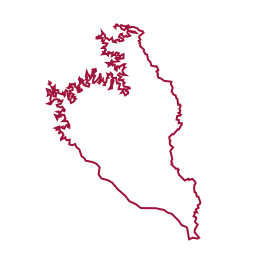 the district of Guia Lopes da Laguna, Mato Grosso do Sul, Brazil, rotated 188°
{"feature_id": "56859067B83170351073830", "entity_name": "Guia Lopes da Laguna", "entity_type": "district", "adm_level": 2, "iso_a3": "BRA", "parent_name": "Brazil", "parent_adm1": "Mato Grosso do Sul", "projection": "albers", "projection_center": [-55.943, -21.55], "detail": "fine", "context": "isolated", "style": "outline", "palette": "rose", "viewbox_px": 256, "rotation_deg": 188, "n_neighbors": 0, "source": "geoboundaries", "source_scale": "gbopen_adm2", "svg_char_len": 6012}
<svg xmlns="http://www.w3.org/2000/svg" viewBox="0 0 256 256"><g transform="rotate(188 128 128)"><path d="M42.3,29.3L47.6,34.1L47.6,37.2L45.5,42.1L48.1,43.7L48.7,45.2L47.8,47.6L48.2,49.0L50.7,49.6L49.9,52.6L50.5,53.8L49.5,54.6L48.0,54.2L49.5,56.8L47.0,58.9L48.3,61.2L46.3,62.6L46.0,64.4L48.7,69.7L50.3,69.9L51.7,73.3L53.1,73.7L54.2,77.4L54.2,81.2L53.3,82.5L53.9,83.8L57.0,86.6L60.2,85.0L60.5,86.0L61.6,86.0L64.5,83.9L71.2,89.0L72.7,92.7L72.0,93.7L73.3,94.7L74.8,94.3L80.0,98.2L79.3,99.1L80.6,101.1L79.8,103.3L82.9,111.2L80.7,115.1L83.8,117.0L84.7,119.6L84.1,121.1L85.1,121.8L85.9,124.7L83.3,128.1L82.1,128.0L78.5,133.7L77.4,133.7L75.2,139.3L75.5,140.3L78.5,139.8L78.7,142.9L81.1,143.1L80.9,146.8L78.1,147.5L77.5,148.5L80.1,149.9L78.8,150.8L78.6,152.5L79.8,153.8L78.9,157.3L79.9,158.5L81.5,157.9L83.2,163.8L84.2,164.1L85.4,166.9L87.7,167.5L89.9,170.3L89.3,174.0L91.5,177.2L91.6,179.9L98.6,179.7L102.7,181.8L104.8,181.9L106.1,184.5L105.8,185.7L107.7,188.0L106.0,189.2L107.7,192.4L108.5,193.3L109.6,192.6L113.6,193.1L115.0,196.4L117.6,198.4L119.3,203.4L121.0,203.6L123.1,206.2L123.1,207.8L127.4,210.8L127.4,212.3L128.4,213.2L127.9,214.1L129.5,215.6L128.0,217.2L129.7,219.4L129.3,220.9L125.9,224.5L127.0,225.8L130.9,226.3L132.2,227.8L136.3,228.8L138.6,228.6L139.6,227.7L141.9,229.7L144.9,228.2L149.1,228.9L150.0,227.8L148.2,225.5L145.3,224.4L143.3,227.3L141.7,227.2L142.0,225.3L140.9,224.1L141.8,223.4L141.8,221.9L138.7,219.7L141.6,218.2L142.6,219.1L144.5,217.6L147.1,219.3L147.0,220.4L148.6,219.8L149.7,217.1L145.1,215.3L144.8,214.0L148.2,212.6L149.4,213.0L149.3,214.2L150.9,214.1L153.0,212.5L152.1,211.2L155.1,211.4L155.6,213.6L156.6,213.6L156.6,214.8L158.9,212.4L161.2,214.0L162.8,213.5L163.8,216.7L167.1,219.7L166.4,217.6L167.3,215.9L168.1,214.7L169.6,215.2L170.0,214.1L171.8,213.5L171.6,212.2L165.6,213.5L165.8,210.7L164.0,211.2L164.6,208.6L160.3,208.8L161.4,205.8L163.5,205.2L164.6,203.6L162.2,203.9L160.8,202.1L161.7,201.3L161.4,199.7L163.2,199.7L162.7,198.6L163.5,197.5L159.7,198.5L157.9,197.2L158.2,200.2L157.0,200.6L156.1,199.3L153.6,200.6L153.9,197.1L151.7,198.7L150.5,198.3L150.9,200.4L149.8,201.2L147.5,200.7L148.1,198.7L146.2,198.2L142.7,200.4L142.2,196.4L145.5,195.4L145.7,196.8L147.0,195.7L149.2,196.5L150.1,195.5L146.4,192.8L152.2,191.3L153.5,192.6L154.7,189.8L157.9,189.5L156.0,188.4L155.9,186.7L152.9,189.3L152.1,188.0L151.4,189.1L150.1,188.9L149.1,185.7L149.4,184.5L147.3,183.4L147.4,187.5L146.3,187.8L145.0,186.4L144.4,188.0L141.2,190.6L139.8,190.8L140.8,188.7L140.6,187.5L139.3,187.4L141.4,185.0L141.3,183.4L139.7,181.0L137.7,180.1L140.8,179.8L143.9,181.2L145.3,179.0L141.9,177.5L143.8,175.3L143.4,173.9L139.4,175.1L139.6,173.5L137.6,172.3L138.9,170.9L137.8,168.5L132.4,168.4L131.7,167.6L135.7,165.4L135.0,164.3L132.9,163.8L132.8,162.1L135.4,159.9L137.5,163.0L139.4,162.0L137.4,165.9L142.7,165.1L142.1,170.6L143.5,171.1L145.0,170.5L146.8,176.0L148.5,175.7L149.9,174.1L150.2,175.8L151.3,176.4L150.8,178.6L152.8,180.2L153.3,178.2L156.0,178.8L154.3,175.0L155.9,174.7L155.9,170.6L157.0,168.8L159.6,171.5L159.7,172.8L162.7,168.1L163.8,168.9L163.0,169.7L161.8,174.2L163.1,178.4L163.4,174.6L165.5,170.7L167.7,168.0L169.1,167.9L169.1,171.3L167.9,175.1L169.1,174.9L169.6,177.5L167.6,180.0L168.3,181.9L171.2,180.9L170.4,180.0L171.1,178.5L170.9,174.3L172.3,171.4L173.2,174.8L174.6,174.7L176.7,178.1L176.9,172.9L175.4,172.6L176.5,170.1L174.8,170.3L174.1,169.5L175.3,167.4L172.3,166.2L172.6,163.5L176.1,163.9L176.2,165.2L178.0,164.6L178.5,166.1L179.8,166.3L178.8,168.4L180.6,169.9L181.6,169.4L180.3,168.5L182.0,167.2L181.7,164.9L183.3,162.3L181.7,161.7L182.2,158.5L183.3,158.4L183.5,160.1L186.0,161.4L186.9,164.6L188.1,163.4L189.4,163.9L190.1,162.5L191.6,163.4L192.0,160.5L193.3,159.4L192.1,159.0L190.4,160.7L188.6,160.6L188.0,158.0L190.9,156.5L190.2,155.1L186.3,153.6L188.2,151.5L188.1,150.3L184.9,151.4L185.3,149.6L183.8,149.6L185.5,146.5L187.8,144.8L188.7,146.0L189.0,148.5L190.8,148.0L191.2,149.0L190.2,153.5L191.4,153.4L192.2,152.0L193.3,156.2L194.8,156.8L195.7,153.9L194.8,152.1L195.3,150.9L197.5,153.9L197.9,152.2L202.0,153.0L202.3,155.7L204.8,155.5L205.8,154.6L206.4,159.4L207.8,157.5L209.4,158.0L207.6,155.3L207.8,153.3L204.2,152.7L203.9,149.0L206.2,149.1L206.7,151.5L210.3,153.1L210.4,154.6L213.7,155.1L211.7,151.1L212.0,149.1L210.4,150.3L208.7,150.0L208.9,145.3L207.7,142.9L210.8,141.0L208.0,140.6L205.1,146.0L201.5,146.7L200.2,146.3L200.6,144.6L197.0,146.0L197.8,142.8L201.8,140.9L201.0,139.6L197.1,139.0L196.1,139.9L193.0,136.9L193.6,135.7L195.2,136.9L197.0,134.4L198.4,134.0L197.8,132.6L198.2,131.0L199.7,130.1L201.9,130.6L199.3,126.8L198.8,129.3L196.1,130.0L196.6,131.2L195.3,132.3L194.4,131.6L193.0,132.0L191.2,128.4L193.5,125.7L189.2,126.4L186.6,123.0L186.2,120.1L187.6,120.6L187.5,122.4L188.8,122.4L189.9,121.7L191.0,118.4L192.7,118.8L192.9,120.3L195.8,118.4L196.3,119.9L200.0,117.8L198.0,117.4L198.3,116.3L196.2,117.0L194.7,115.9L196.1,112.7L194.1,114.5L192.5,114.5L190.9,112.1L192.9,108.2L192.7,107.0L188.8,110.1L188.2,108.2L186.8,107.4L184.1,108.3L183.9,103.6L180.4,103.3L178.3,104.8L176.3,101.8L173.3,100.1L170.0,93.5L166.8,91.8L165.5,89.8L158.1,89.3L154.2,88.1L150.6,85.2L150.7,78.0L147.4,74.4L140.7,73.5L136.2,71.8L129.6,65.9L121.3,60.5L116.5,55.7L109.7,53.7L104.2,50.5L89.5,52.4L81.0,51.9L76.9,49.7L72.8,49.1L64.8,43.1L61.2,39.2L56.6,38.1L55.5,37.1L52.0,26.3L48.5,28.4L43.8,28.2L42.3,29.3ZM149.9,174.1L148.8,172.5L149.7,168.2L149.4,165.1L152.0,164.0L150.6,167.3L151.1,173.2L149.9,174.1ZM139.9,224.4L134.3,224.2L133.1,223.3L138.7,223.4L139.9,224.4ZM182.2,158.5L179.6,159.9L178.8,159.1L181.1,156.9L182.4,156.8L182.2,158.5ZM170.4,180.0L168.9,180.4L169.3,179.0L170.4,180.0ZM157.0,168.8L156.8,167.3L157.9,167.3L157.0,168.8ZM211.8,161.3L212.5,160.4L211.4,160.0L210.7,162.1L212.3,162.7L211.8,161.3ZM181.6,169.4L183.1,170.9L183.4,169.1L182.2,168.3L181.6,169.4ZM154.6,226.9L153.3,227.8L152.0,227.9L152.9,228.9L154.2,228.8L154.6,226.9ZM154.6,226.9L155.6,226.5L154.4,225.5L154.6,226.9ZM198.4,134.0L199.1,134.8L200.2,134.3L198.4,134.0Z" fill="none" stroke="#9f1239" stroke-width="2"/></g></svg>